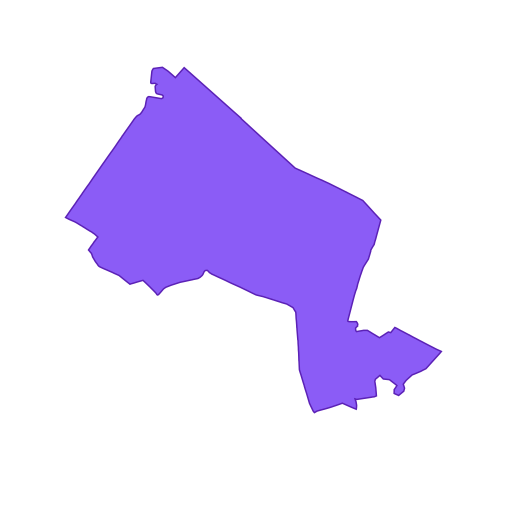 outline of Ma'in, Amanat Al Asimah, Yemen, rotated 132°
{"feature_id": "15242507B87670464483241", "entity_name": "Ma'in", "entity_type": "district", "adm_level": 2, "iso_a3": "YEM", "parent_name": "Yemen", "parent_adm1": "Amanat Al Asimah", "projection": "albers", "projection_center": [44.173, 15.379], "detail": "fine", "context": "isolated", "style": "filled", "palette": "violet", "viewbox_px": 512, "rotation_deg": 132, "n_neighbors": 0, "source": "geoboundaries", "source_scale": "gbopen_adm2", "svg_char_len": 5421}
<svg xmlns="http://www.w3.org/2000/svg" viewBox="0 0 512 512"><g transform="rotate(132 256 256)"><path d="M145.5,190.7L145.0,196.6L143.9,207.4L143.3,213.8L146.4,225.3L149.3,235.9L153.3,250.4L154.0,252.6L155.2,256.5L157.4,263.2L161.6,276.7L164.5,285.7L164.3,312.6L164.2,327.1L164.1,339.5L163.9,359.0L163.6,359.2L163.7,370.3L163.9,405.4L164.1,435.4L177.4,435.3L177.4,437.0L177.5,445.1L178.4,451.8L185.3,457.7L186.7,457.5L188.2,457.1L197.3,450.5L197.8,449.9L197.8,449.5L197.6,449.2L197.5,448.8L195.2,446.6L194.7,444.5L195.6,444.7L196.5,444.7L197.6,444.3L200.9,440.8L201.4,440.0L201.8,438.8L201.6,438.0L200.6,436.1L199.2,433.7L199.1,433.1L199.1,432.5L199.2,432.1L199.9,431.4L200.7,431.0L201.8,431.3L202.3,431.6L203.2,432.9L205.6,436.7L208.8,441.7L209.4,442.4L210.4,442.8L211.1,442.8L212.1,442.5L212.4,442.4L213.1,441.9L214.5,441.2L217.8,439.1L219.6,438.2L221.8,437.8L222.2,437.8L223.1,437.6L225.2,437.2L227.8,437.0L229.1,437.3L230.1,437.7L231.2,438.1L232.3,438.2L232.8,438.2L233.8,438.2L236.0,438.1L237.3,437.9L244.6,437.0L246.5,436.8L247.0,436.7L248.0,436.6L249.8,436.4L254.7,435.8L255.6,435.7L256.3,435.7L257.0,435.5L259.9,435.1L261.9,434.9L262.5,434.8L264.8,434.5L266.2,434.3L268.2,434.0L274.8,433.2L275.2,433.2L280.3,432.6L286.1,431.9L287.3,431.7L287.6,431.7L289.5,431.5L292.6,431.1L294.2,430.9L298.2,430.4L303.0,429.8L304.4,429.6L307.0,429.3L314.1,428.3L317.2,428.0L325.5,427.0L326.5,426.8L327.4,426.7L330.8,426.3L331.1,426.2L332.4,426.1L335.7,425.7L337.5,425.4L346.3,424.4L350.0,423.9L354.8,423.3L354.7,422.9L354.1,420.6L353.8,419.4L353.1,417.3L351.9,413.7L351.7,412.8L351.6,412.5L351.3,411.1L351.2,410.6L350.8,408.4L349.6,402.0L349.2,399.5L348.8,397.4L348.5,395.7L348.3,395.0L348.1,394.0L348.0,392.7L347.7,390.7L347.7,390.0L347.7,388.4L347.7,386.6L347.7,386.2L349.8,386.1L350.1,386.0L351.7,385.9L352.3,385.8L353.5,385.8L356.0,385.4L357.0,385.3L358.4,385.2L360.0,385.0L360.4,384.9L362.2,384.7L363.6,384.5L363.8,383.0L364.0,381.7L364.2,379.9L364.4,379.7L364.6,379.2L365.2,378.1L365.5,377.6L366.0,376.8L366.3,375.8L366.9,373.9L367.1,373.3L367.3,372.7L367.4,372.4L367.6,371.7L367.9,370.3L368.0,369.8L368.2,368.6L368.5,367.6L368.6,367.1L368.7,366.6L368.7,365.7L368.6,365.1L368.5,364.6L368.4,364.3L368.2,363.6L367.7,362.0L367.1,360.1L366.6,358.7L366.4,358.1L365.6,355.7L364.2,351.5L363.9,350.3L362.1,344.8L361.6,335.5L361.3,331.1L361.3,330.8L360.3,330.3L359.9,330.0L357.2,328.3L355.8,327.5L355.0,327.0L349.7,323.7L349.8,319.5L350.0,313.4L350.1,312.6L350.2,310.1L350.4,306.9L350.6,305.0L351.0,303.8L350.9,303.2L350.7,302.9L349.7,302.6L349.0,302.6L348.0,302.6L347.2,302.6L343.5,302.7L342.9,302.7L342.2,302.7L339.6,302.1L334.4,299.5L326.3,294.8L322.2,291.8L317.5,288.4L316.3,287.5L315.8,287.2L311.6,284.1L309.2,283.3L306.6,283.0L305.7,283.1L305.3,283.1L304.8,283.3L302.5,284.0L301.9,284.1L300.8,284.0L299.6,283.0L299.2,282.4L299.3,281.2L299.4,280.1L299.5,279.4L299.2,278.2L299.1,277.0L298.2,274.2L297.4,271.5L295.3,264.8L294.5,262.2L293.3,258.0L292.6,255.7L289.7,246.7L289.2,244.9L287.3,238.4L286.1,234.1L284.9,230.0L284.4,229.0L281.4,223.5L273.7,206.5L273.4,205.7L271.1,201.0L269.6,193.9L270.5,191.1L270.9,189.7L271.0,189.1L271.9,188.0L273.5,186.4L274.2,185.7L274.5,185.4L275.5,184.4L277.7,182.0L279.9,179.7L281.9,177.7L282.0,177.5L283.3,176.2L290.4,168.7L290.5,168.4L292.9,166.1L295.4,163.5L297.4,161.6L299.0,159.9L299.9,159.0L303.1,155.9L304.8,154.3L305.6,153.4L310.4,148.7L311.6,147.5L312.1,146.6L312.5,146.0L313.1,145.0L313.9,143.6L318.4,136.2L320.1,133.3L320.5,132.8L322.9,128.8L324.1,126.7L329.9,117.3L330.2,116.3L330.6,115.6L331.1,114.3L333.0,109.7L333.1,109.1L333.3,107.8L332.8,107.6L332.1,107.4L330.3,106.8L327.6,105.1L323.9,102.7L320.4,100.5L317.9,99.0L315.2,97.5L314.5,97.1L314.0,96.8L307.6,93.3L306.0,88.4L304.5,83.8L302.8,79.0L301.8,79.6L299.9,81.1L299.7,81.3L299.4,81.6L299.1,82.0L297.4,84.1L296.6,85.6L295.9,86.8L295.7,86.4L295.5,85.9L295.2,85.2L284.4,76.3L282.6,74.9L281.5,73.9L279.4,72.9L277.3,75.1L273.7,78.9L270.4,82.9L269.9,83.6L269.6,83.9L267.7,84.8L266.7,84.7L265.6,84.5L261.8,84.0L262.1,80.3L262.2,79.1L258.6,74.1L258.3,70.0L258.0,65.9L258.0,64.6L259.2,64.4L260.3,64.2L262.8,63.9L265.7,61.4L265.2,59.7L264.5,57.7L264.2,56.7L258.1,55.8L257.7,55.7L255.7,56.7L254.8,57.2L252.7,60.8L249.1,61.1L248.1,61.2L245.7,61.0L239.9,60.4L239.4,60.2L238.3,59.6L231.5,56.4L228.7,55.4L227.3,54.8L226.0,54.3L225.0,54.3L213.2,54.3L209.6,54.3L204.3,54.3L202.9,54.4L204.4,59.0L205.0,61.1L205.4,62.7L206.7,67.6L208.1,73.0L208.8,75.8L209.2,77.2L210.5,82.5L210.7,83.1L211.4,85.9L211.6,86.9L214.3,97.5L214.5,98.1L215.6,103.0L216.2,105.0L222.8,104.6L223.9,106.8L224.3,106.9L225.7,107.3L231.7,108.9L234.1,109.6L236.0,119.4L236.0,119.8L236.1,120.1L236.7,123.4L239.4,126.4L241.1,127.7L242.3,128.7L244.9,130.7L244.8,131.2L244.7,131.8L244.5,132.2L243.4,133.3L242.9,133.8L242.1,133.8L240.6,133.7L240.1,133.6L239.7,134.1L238.7,134.6L238.4,135.0L238.2,135.6L238.1,135.9L237.8,136.4L237.8,137.0L237.6,137.5L240.3,140.4L242.3,142.7L242.9,143.6L242.9,144.4L223.3,154.6L219.2,156.7L216.4,158.0L215.4,158.5L212.9,159.4L212.3,159.7L210.1,160.9L209.1,161.5L206.5,162.7L204.9,163.4L203.7,164.0L200.2,165.6L199.4,165.9L197.5,166.7L196.9,167.0L196.1,167.3L192.4,168.8L192.0,168.8L190.8,169.1L183.1,170.4L180.8,171.5L179.1,172.3L176.2,173.7L175.6,174.0L175.3,174.3L174.9,174.5L174.6,174.7L171.8,175.3L170.8,175.5L168.4,175.9L166.0,177.2L163.4,178.4L159.7,180.3L145.8,187.3L145.5,190.7Z" fill="#8b5cf6" stroke="#5b21b6" stroke-width="1.5"/></g></svg>